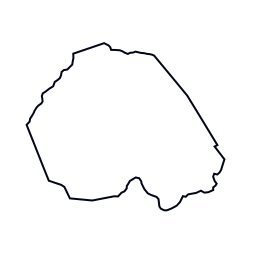 the district of São Rafael, Rio Grande do Norte, Brazil, rotated 280°
{"feature_id": "56859067B29032329313667", "entity_name": "São Rafael", "entity_type": "district", "adm_level": 2, "iso_a3": "BRA", "parent_name": "Brazil", "parent_adm1": "Rio Grande do Norte", "projection": "mercator", "projection_center": [-36.882, -5.844], "detail": "fine", "context": "isolated", "style": "outline", "palette": "ink", "viewbox_px": 256, "rotation_deg": 280, "n_neighbors": 0, "source": "geoboundaries", "source_scale": "gbopen_adm2", "svg_char_len": 1349}
<svg xmlns="http://www.w3.org/2000/svg" viewBox="0 0 256 256"><g transform="rotate(280 128 128)"><path d="M50.4,105.4L58.3,126.1L58.9,130.1L63.1,132.8L65.1,135.6L68.3,137.2L70.7,136.9L72.7,137.8L76.1,139.0L78.3,141.5L80.6,144.1L80.5,147.7L77.8,150.3L75.7,151.0L70.7,154.7L67.1,158.8L66.1,162.2L65.1,168.0L63.3,170.4L56.2,172.5L54.3,174.3L53.3,177.7L53.6,180.4L56.2,184.7L59.9,189.4L64.2,192.1L70.4,193.9L70.3,196.8L73.0,198.7L73.9,200.9L75.9,206.4L78.9,210.7L77.6,214.4L78.7,218.2L81.7,222.7L84.3,222.2L86.3,224.1L88.5,225.0L90.8,222.6L94.8,220.3L97.9,220.8L97.7,224.0L100.1,225.9L103.0,227.0L106.4,227.4L113.9,228.4L124.8,216.5L126.7,219.0L157.1,192.3L170.3,180.6L183.6,165.0L203.8,141.2L204.4,138.9L204.5,136.4L204.3,133.8L204.5,131.1L204.2,127.5L204.5,122.2L203.2,120.0L202.4,117.0L200.9,115.0L201.6,111.7L202.6,109.2L203.1,106.2L202.6,101.6L202.0,97.8L204.5,96.5L205.9,94.6L207.4,89.8L201.6,79.2L191.7,61.2L187.3,62.1L184.5,62.0L180.8,62.1L178.4,60.4L175.1,58.1L173.8,54.6L171.6,52.9L168.2,52.9L165.2,52.2L162.9,50.2L160.7,47.9L156.1,47.1L153.2,43.8L151.2,42.0L149.1,40.1L147.4,38.1L144.5,37.6L141.7,38.6L139.3,39.3L137.0,38.3L134.7,36.0L132.5,34.5L128.7,33.0L126.5,32.5L124.0,31.6L120.2,30.0L117.2,30.0L113.5,27.6L88.5,43.0L75.3,51.1L62.3,59.2L60.4,72.1L58.9,75.6L48.6,83.0L50.4,105.4Z" fill="none" stroke="#020617" stroke-width="2"/></g></svg>